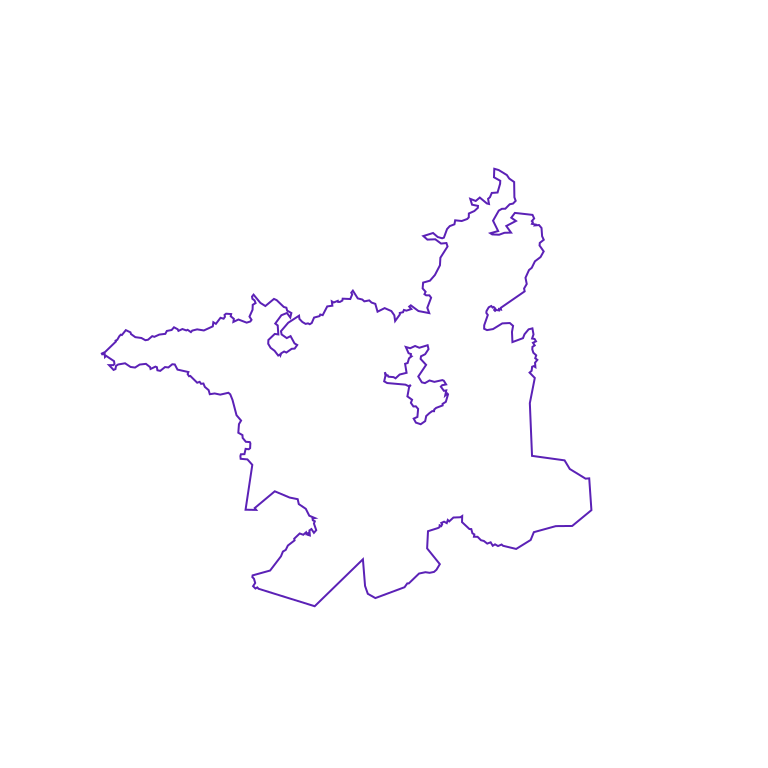 San Juan Lalana, Oaxaca, Mexico, rotated 308°
{"feature_id": "50627088B92037295978986", "entity_name": "San Juan Lalana", "entity_type": "district", "adm_level": 2, "iso_a3": "MEX", "parent_name": "Mexico", "parent_adm1": "Oaxaca", "projection": "albers", "projection_center": [-95.758, 17.512], "detail": "fine", "context": "isolated", "style": "outline", "palette": "violet", "viewbox_px": 768, "rotation_deg": 308, "n_neighbors": 0, "source": "geoboundaries", "source_scale": "gbopen_adm2", "svg_char_len": 6167}
<svg xmlns="http://www.w3.org/2000/svg" viewBox="0 0 768 768"><g transform="rotate(308 384 384)"><path d="M621.5,338.4L614.6,343.4L615.7,350.5L613.3,352.2L604.8,355.6L600.9,351.3L596.4,352.5L594.0,352.0L590.5,355.9L589.6,353.9L589.9,344.7L584.7,343.6L583.0,338.0L579.5,343.0L582.2,348.4L580.6,349.5L575.9,348.7L570.6,345.9L567.5,348.2L565.3,348.0L560.3,344.9L556.8,339.3L553.2,341.2L548.9,338.6L544.9,338.3L536.2,341.1L534.6,340.1L532.9,335.8L533.2,329.7L524.8,323.9L524.5,329.3L529.6,335.3L529.8,342.5L533.5,346.4L531.5,349.4L518.2,350.7L512.0,355.0L501.3,357.0L493.7,356.6L488.0,352.4L483.1,355.6L482.3,360.0L479.7,360.6L479.8,362.6L481.8,365.2L481.0,368.0L470.7,371.2L467.7,376.0L462.7,366.2L462.5,356.7L460.5,356.2L459.9,359.4L455.6,356.5L454.6,354.1L452.3,354.8L449.7,352.7L448.5,353.7L440.5,354.0L444.5,349.8L446.0,344.9L444.2,337.8L437.0,334.4L441.8,327.8L440.5,324.0L440.8,320.9L437.0,317.6L437.2,314.9L435.3,310.6L438.4,302.0L435.8,302.0L435.0,303.8L430.2,305.1L425.8,298.9L424.1,299.8L421.5,298.7L420.4,297.3L421.1,296.4L417.3,294.2L417.0,292.0L413.9,295.1L410.2,291.5L400.5,293.3L399.5,291.0L397.8,291.4L393.3,288.0L387.6,289.5L385.4,288.7L385.0,286.8L383.1,285.2L382.6,281.5L383.2,277.3L385.5,275.0L373.3,270.8L362.2,270.3L360.0,272.8L360.3,279.1L364.2,280.9L360.9,288.5L361.3,291.6L356.9,291.8L354.9,289.6L348.7,287.7L348.1,285.3L344.9,284.1L342.7,284.8L343.2,283.8L341.3,283.1L342.8,277.3L342.7,272.4L344.4,268.0L347.5,265.8L356.2,267.1L358.0,270.2L364.7,264.2L364.7,261.1L375.0,260.8L380.2,263.8L378.7,269.2L382.9,267.3L382.2,262.5L384.0,260.1L383.0,257.6L384.0,247.8L383.3,244.9L372.4,242.5L371.8,236.7L374.1,226.2L371.6,226.2L370.1,227.9L370.2,230.5L368.7,233.0L365.6,231.8L361.6,234.7L354.3,236.5L353.0,240.1L351.0,240.2L347.8,238.0L345.2,229.6L340.2,227.1L342.9,225.6L343.0,221.5L345.0,220.5L342.2,216.3L340.3,215.8L339.0,217.3L336.7,217.4L335.5,214.4L327.9,214.5L327.6,211.5L324.0,213.6L315.3,209.1L312.0,203.1L308.0,200.0L306.0,199.9L305.8,195.9L304.5,195.2L303.2,191.3L299.3,189.3L300.1,187.7L299.4,183.6L295.8,183.4L292.1,180.2L288.9,180.8L284.6,176.5L279.8,174.0L279.0,171.9L273.6,170.8L271.6,169.0L270.9,164.5L267.8,159.2L267.6,153.9L268.6,152.4L267.5,147.4L261.2,147.3L260.8,146.2L258.7,146.0L254.6,146.6L252.9,145.8L252.4,146.6L237.4,144.5L234.3,142.9L233.9,143.7L235.6,145.5L233.5,147.5L235.1,147.7L235.8,157.2L233.8,159.3L232.2,159.1L229.6,155.7L228.6,162.2L230.4,163.2L233.3,161.7L235.7,162.5L240.9,167.2L241.4,173.8L243.7,177.7L248.9,179.5L253.3,184.0L253.3,189.3L252.1,190.8L257.0,193.2L257.4,194.7L255.3,197.0L256.6,199.6L262.5,201.0L264.3,203.9L269.2,205.0L270.6,207.1L268.2,212.4L273.0,222.5L270.9,223.2L270.1,225.6L271.1,226.4L270.0,236.0L272.2,237.4L271.5,239.7L273.2,241.4L271.4,244.6L271.2,249.6L268.7,253.0L272.3,256.4L274.8,261.5L281.3,266.8L281.2,269.2L278.2,274.4L268.6,287.0L267.2,293.9L263.1,294.4L255.9,299.2L256.6,303.9L254.5,305.8L253.4,310.7L255.6,314.0L255.0,315.2L251.0,318.0L249.3,317.6L247.7,314.9L242.8,317.2L240.5,314.5L238.8,315.2L236.8,317.1L240.5,322.8L239.2,330.0L199.7,352.3L206.1,360.8L206.7,358.5L232.2,364.0L236.4,379.5L240.1,386.9L236.9,390.8L237.5,399.2L234.2,406.2L235.8,412.1L234.0,410.5L232.8,411.8L233.2,414.0L230.9,414.7L227.1,420.6L223.6,420.4L225.0,416.1L222.7,415.4L219.0,418.8L218.2,416.7L219.5,415.8L218.0,415.2L219.1,413.9L215.5,413.2L214.3,409.6L206.8,408.5L205.7,409.8L197.5,407.7L192.8,408.7L189.7,407.5L184.8,408.9L166.9,409.1L152.3,398.3L150.8,399.1L150.5,401.4L147.9,405.0L144.1,405.3L143.7,408.6L145.7,409.4L145.4,411.2L166.2,466.2L232.9,475.3L213.2,493.4L208.7,500.4L210.0,509.0L236.5,525.3L241.2,525.1L242.1,526.3L256.2,528.3L261.2,532.5L263.3,536.2L266.7,539.1L269.9,539.7L276.4,538.9L281.0,519.2L295.1,509.3L303.7,515.2L305.3,515.9L306.9,514.9L307.3,516.6L309.3,516.2L309.8,514.7L312.5,516.1L313.0,519.1L316.1,518.0L315.9,520.0L321.5,520.9L326.0,526.2L328.1,526.9L323.2,530.5L322.3,540.6L323.4,542.1L320.8,545.6L321.1,547.8L319.0,548.9L321.2,551.8L320.6,556.6L321.8,559.3L321.8,563.6L324.9,565.5L323.5,569.3L326.0,570.2L326.5,573.6L329.9,575.5L329.8,577.4L335.4,589.7L351.4,595.6L359.5,593.3L377.8,606.9L388.0,619.7L412.3,625.1L436.0,603.8L433.5,601.1L431.4,582.7L435.0,573.3L418.5,544.9L458.7,510.7L481.6,499.1L482.6,491.7L485.3,492.2L488.8,490.1L490.3,491.0L490.5,492.9L493.8,489.9L497.4,490.0L497.4,487.3L500.3,486.3L500.6,482.4L502.6,479.5L504.7,478.1L507.2,479.0L508.2,476.0L511.2,477.5L512.2,474.9L511.0,472.7L515.1,471.3L519.2,466.7L516.1,464.3L509.7,464.1L505.7,465.3L496.1,459.4L503.8,452.8L509.3,449.9L509.5,445.6L504.6,439.9L494.4,436.1L489.9,432.0L489.2,428.9L492.0,426.8L502.3,423.3L503.0,420.9L504.5,419.9L508.9,419.3L511.5,420.5L511.1,422.5L512.2,423.0L512.0,425.1L510.2,425.2L510.0,426.5L511.4,426.8L512.8,429.4L513.9,428.5L514.7,430.4L515.8,429.1L543.6,437.8L545.5,435.6L550.7,434.9L554.8,430.1L563.1,428.1L566.5,428.9L573.6,427.4L580.4,429.2L586.8,428.2L588.9,421.3L591.1,419.9L596.0,421.1L597.8,417.6L603.9,412.1L604.7,408.3L601.9,405.3L602.9,405.2L601.3,402.0L603.1,401.7L603.4,400.2L606.9,400.4L608.7,396.9L599.4,381.8L593.4,381.9L593.7,387.6L583.8,383.1L581.5,390.9L577.3,385.8L572.5,382.8L568.5,377.2L568.3,375.0L574.8,379.8L579.8,369.4L591.3,367.7L594.7,369.1L596.8,371.7L603.0,372.4L605.6,374.6L609.4,375.0L611.4,371.8L623.3,362.2L623.0,356.1L624.3,352.2L623.2,342.6L621.5,338.4ZM426.6,378.4L428.3,382.6L433.1,385.1L434.3,389.5L441.4,394.5L438.9,397.6L432.8,398.1L428.6,396.1L426.3,397.4L425.0,405.4L411.0,406.4L408.6,412.8L409.9,415.7L414.8,417.7L416.7,422.4L423.0,427.6L423.4,429.1L421.9,433.2L418.9,430.6L416.9,430.4L415.5,435.4L417.3,437.0L412.7,439.3L415.5,439.8L415.3,440.8L408.0,443.7L404.4,442.4L403.2,443.4L397.3,439.8L394.8,439.3L393.4,440.2L392.3,438.7L388.9,437.7L384.7,437.0L380.1,439.3L374.9,437.7L373.2,432.9L375.0,428.7L378.6,430.6L385.4,426.2L386.0,422.8L384.4,421.0L385.7,416.8L388.9,415.8L388.6,410.1L397.2,405.6L399.7,405.8L397.4,404.6L396.7,401.3L386.7,385.9L386.2,382.5L391.5,380.0L393.8,377.4L392.2,380.8L393.1,381.5L392.5,383.0L395.3,387.3L395.6,389.6L401.1,390.5L406.7,394.9L412.9,388.2L415.1,389.7L419.6,387.9L422.8,388.7L422.6,387.7L424.2,386.8L423.4,384.4L426.6,378.4Z" fill="none" stroke="#5b21b6" stroke-width="2"/></g></svg>